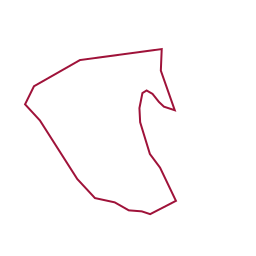 an SVG outline of Miren-Kostanjevica, rotated 56°
{"feature_id": "SVN-1032", "entity_name": "Miren-Kostanjevica", "entity_type": "Municipality", "adm_level": 1, "iso_a3": "SVN", "parent_name": "Slovenia", "parent_adm1": "", "projection": "natural_earth1", "projection_center": [13.637, 45.866], "detail": "fine", "context": "isolated", "style": "outline", "palette": "rose", "viewbox_px": 256, "rotation_deg": 56, "n_neighbors": 0, "source": "natural_earth", "source_scale": "10m", "svg_char_len": 438}
<svg xmlns="http://www.w3.org/2000/svg" viewBox="0 0 256 256"><g transform="rotate(56 128 128)"><path d="M50.8,200.1L40.8,182.6L44.8,129.8L81.4,55.9L98.8,68.7L139.4,79.3L130.4,86.3L123.6,87.8L113.4,88.6L107.3,91.6L107.1,96.5L117.9,107.4L130.0,114.7L161.8,124.4L178.8,123.6L215.2,129.0L211.8,157.8L204.8,163.2L196.7,173.4L182.2,180.6L167.6,194.6L141.9,198.6L72.5,196.8L50.8,200.1Z" fill="none" stroke="#9f1239" stroke-width="2"/></g></svg>